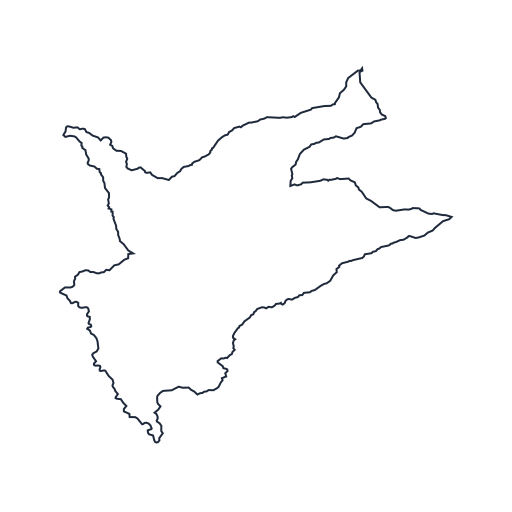 outline of La Unión, Nariño, Colombia, rotated 260°
{"feature_id": "7082276B50257092239175", "entity_name": "La Unión", "entity_type": "district", "adm_level": 2, "iso_a3": "COL", "parent_name": "Colombia", "parent_adm1": "Nariño", "projection": "equal_earth", "projection_center": [-77.138, 1.608], "detail": "fine", "context": "isolated", "style": "outline", "palette": "slate", "viewbox_px": 512, "rotation_deg": 260, "n_neighbors": 0, "source": "geoboundaries", "source_scale": "gbopen_adm2", "svg_char_len": 6062}
<svg xmlns="http://www.w3.org/2000/svg" viewBox="0 0 512 512"><g transform="rotate(260 256 256)"><path d="M268.6,77.5L267.0,74.2L265.0,73.9L262.7,72.3L259.2,72.1L258.4,71.4L257.5,69.8L257.2,67.8L258.2,62.4L255.5,57.2L254.6,56.6L253.8,56.9L250.0,62.5L247.0,63.0L244.3,64.9L241.7,65.6L241.4,67.0L242.3,69.9L242.0,71.4L240.7,72.8L237.6,72.2L236.2,73.1L235.3,74.9L235.1,79.9L234.4,81.1L233.2,81.7L230.4,81.8L228.2,79.6L226.8,79.2L225.9,79.5L225.0,81.7L222.6,81.4L219.0,79.4L218.1,79.7L217.1,81.4L215.4,81.6L214.8,80.8L214.6,77.9L213.6,77.1L211.4,79.5L208.3,80.1L206.3,82.7L202.6,84.6L199.5,85.1L192.2,84.7L189.7,82.5L188.4,78.7L187.3,77.6L185.3,77.8L180.1,80.2L178.3,77.8L177.0,77.5L175.9,78.7L175.5,81.9L174.9,83.2L173.7,83.5L171.5,82.3L170.3,82.2L169.7,83.1L169.7,86.6L169.2,87.7L163.4,90.1L159.1,93.3L155.7,93.6L153.5,92.2L152.1,92.3L149.5,93.7L147.7,93.9L144.0,96.0L141.2,93.2L140.4,93.0L139.5,94.4L138.5,98.0L134.4,99.8L130.8,102.3L128.3,99.3L125.9,98.9L122.5,103.9L119.3,103.6L118.3,109.1L116.5,111.1L110.1,114.6L110.1,115.7L110.9,117.1L110.9,118.9L109.7,121.1L107.6,122.6L104.2,123.3L103.7,122.9L103.1,119.1L100.5,119.0L99.0,119.7L97.1,123.5L92.2,123.8L90.5,124.3L89.6,125.5L89.7,127.0L91.0,128.8L93.4,129.1L97.6,133.4L100.1,132.3L105.1,133.3L108.0,132.0L110.2,129.7L111.3,129.6L112.8,130.9L115.1,131.2L117.9,130.4L119.3,128.9L121.8,133.2L124.5,135.8L127.4,133.8L129.1,133.4L134.3,134.1L135.6,134.9L137.9,137.9L139.3,141.0L138.4,149.6L140.7,157.2L139.0,160.9L138.1,166.9L135.6,168.7L133.2,171.7L129.8,174.2L130.6,177.3L130.4,179.4L131.3,181.1L131.3,184.1L132.2,186.1L131.2,190.7L132.7,195.0L133.8,196.6L137.6,199.4L139.4,201.5L141.6,201.2L142.5,205.7L145.9,205.4L147.7,208.0L149.2,208.0L149.8,207.5L151.2,204.4L153.1,204.2L157.9,199.8L159.1,199.9L161.2,203.9L160.7,206.5L161.1,208.5L160.5,209.8L162.9,212.9L163.6,215.1L165.7,216.3L167.3,218.7L169.2,217.7L171.1,218.4L174.3,218.2L177.0,219.6L177.6,221.0L179.3,219.3L181.1,219.3L184.0,221.4L188.1,225.7L188.5,226.9L190.0,227.6L190.8,230.4L193.7,233.3L196.5,239.2L198.6,241.0L199.1,243.3L201.1,244.4L201.6,245.9L203.6,248.0L204.5,252.9L203.9,255.1L202.7,256.9L203.8,259.7L202.7,262.7L203.9,265.8L205.3,267.3L205.1,271.3L205.5,272.4L204.3,272.7L203.5,273.9L204.6,276.0L206.8,277.4L207.8,279.1L208.0,280.7L206.8,284.0L208.0,286.9L208.3,290.1L209.8,291.9L209.5,294.8L211.4,296.8L210.9,302.8L212.0,304.8L212.2,307.9L215.4,314.6L216.7,318.3L216.8,320.7L218.7,324.8L223.5,328.7L226.0,332.7L229.2,333.0L230.7,336.1L232.0,336.1L233.9,339.4L234.4,345.9L235.0,347.3L234.6,348.8L235.1,351.0L235.6,360.3L236.8,362.2L238.8,363.5L238.7,370.3L239.8,371.7L240.0,375.0L241.6,376.8L241.9,378.6L243.1,380.8L243.3,388.1L243.6,389.4L244.7,390.9L244.6,392.7L245.2,393.7L245.5,396.6L246.6,400.6L246.4,404.1L248.0,408.4L249.1,409.7L248.9,411.0L246.0,416.4L246.0,419.4L246.9,425.4L249.2,429.2L250.4,434.4L252.7,437.3L257.8,446.2L258.7,452.7L260.5,455.4L263.3,449.9L263.9,446.9L267.2,438.3L266.8,436.7L267.8,433.2L272.9,426.0L274.2,425.4L274.7,424.5L276.0,418.5L275.4,417.4L275.2,414.4L276.1,410.3L276.3,401.6L277.4,398.8L280.1,396.4L281.4,394.6L282.5,386.2L290.4,378.7L293.6,374.5L300.9,371.3L303.6,368.9L305.8,368.7L308.1,366.6L311.4,366.1L314.2,362.0L316.2,360.7L317.1,352.2L318.7,349.3L318.1,348.0L318.0,342.8L318.4,341.5L317.6,340.2L318.7,339.3L319.8,335.7L318.9,332.3L319.1,322.3L320.1,314.7L318.8,313.0L318.4,309.5L318.5,308.5L319.8,306.4L319.0,302.0L324.0,303.2L326.3,305.3L329.1,305.2L330.1,306.0L335.8,305.7L337.2,307.1L339.1,310.8L341.9,312.0L343.9,314.0L348.8,316.9L352.4,321.6L354.2,327.6L356.3,329.8L356.3,333.1L357.0,334.6L356.9,337.7L359.0,343.0L358.6,348.2L359.3,350.0L359.1,353.0L360.0,355.5L356.4,362.8L356.3,366.0L356.5,367.2L357.1,367.7L357.9,371.4L360.2,374.5L364.4,377.2L365.1,381.7L367.2,384.5L366.6,392.4L368.0,395.6L368.1,401.4L368.5,402.4L368.7,406.8L369.2,407.8L371.3,407.6L373.4,404.5L376.1,403.1L378.2,403.3L380.9,402.0L384.7,402.1L386.6,401.0L389.1,400.7L392.0,397.1L408.9,388.8L418.6,389.8L419.4,390.6L420.0,393.0L422.4,393.1L421.2,391.9L420.5,390.2L420.9,388.6L415.3,377.7L411.4,375.0L407.4,374.3L404.5,371.5L401.7,366.9L397.8,365.2L393.0,360.4L391.8,360.0L392.0,358.3L390.9,355.7L391.8,349.6L391.9,337.0L390.6,335.4L389.2,325.0L386.2,318.3L387.2,316.9L386.6,315.3L386.8,310.7L388.0,306.2L387.9,303.6L390.8,291.0L389.8,287.7L389.7,283.9L388.4,281.2L388.2,274.4L388.6,272.4L386.7,265.6L385.4,263.5L386.3,262.1L385.8,256.8L383.7,254.0L382.7,250.9L380.7,249.5L380.3,248.5L380.3,246.6L379.0,243.3L376.2,238.6L370.0,232.6L369.6,231.3L368.3,230.9L367.3,229.2L365.8,228.9L364.2,226.9L362.8,222.6L362.6,220.2L360.2,216.8L359.5,211.8L358.3,209.3L356.9,208.7L357.0,207.1L356.3,205.3L356.3,200.3L354.7,197.6L352.8,196.1L351.4,192.8L348.8,189.6L348.7,187.0L346.0,183.3L349.0,177.1L349.8,172.6L353.9,167.7L356.7,166.4L356.9,162.6L357.7,161.4L359.0,161.3L363.3,157.7L363.3,155.8L362.5,154.6L362.0,148.5L364.4,144.9L366.3,143.8L369.0,144.8L371.3,144.4L374.1,146.1L376.5,145.5L379.3,145.8L382.9,141.3L383.9,136.8L386.8,134.0L389.4,133.6L390.9,131.7L393.5,133.4L395.3,133.3L398.2,131.1L399.0,128.7L399.1,126.3L396.8,123.1L400.2,121.0L402.9,116.1L406.3,112.9L407.4,110.6L410.8,109.4L411.5,107.5L411.4,104.5L413.7,102.5L414.0,98.5L416.4,93.7L416.3,92.1L415.4,91.2L411.8,90.1L408.6,87.3L406.4,88.9L406.7,93.7L405.3,98.0L404.1,99.4L399.3,102.2L397.6,103.9L395.1,103.2L394.0,104.0L392.6,103.7L389.9,106.4L385.5,106.4L380.8,108.2L378.6,107.6L377.2,106.4L375.8,106.4L373.9,108.2L372.2,112.4L369.5,114.5L368.8,116.8L365.8,116.6L364.5,117.7L363.3,117.5L360.1,119.1L356.5,118.6L354.0,119.4L349.2,119.1L343.5,122.1L339.1,121.4L337.3,120.2L333.3,120.2L331.4,118.7L329.6,119.9L328.4,119.1L327.0,121.7L324.9,121.2L324.5,122.5L320.6,121.8L319.0,122.7L317.4,122.1L310.0,123.5L307.0,123.1L303.8,124.4L300.4,123.9L296.8,124.7L294.3,124.6L290.5,127.8L283.6,131.2L279.9,135.4L280.1,130.6L276.0,129.7L275.2,125.7L271.6,119.3L271.4,114.8L267.4,109.2L268.4,106.2L266.5,103.3L266.7,100.6L266.2,98.8L266.5,96.5L268.6,92.8L268.9,90.1L270.9,88.3L271.6,85.5L270.9,82.4L270.8,79.3L268.6,77.5Z" fill="none" stroke="#1e293b" stroke-width="2"/></g></svg>